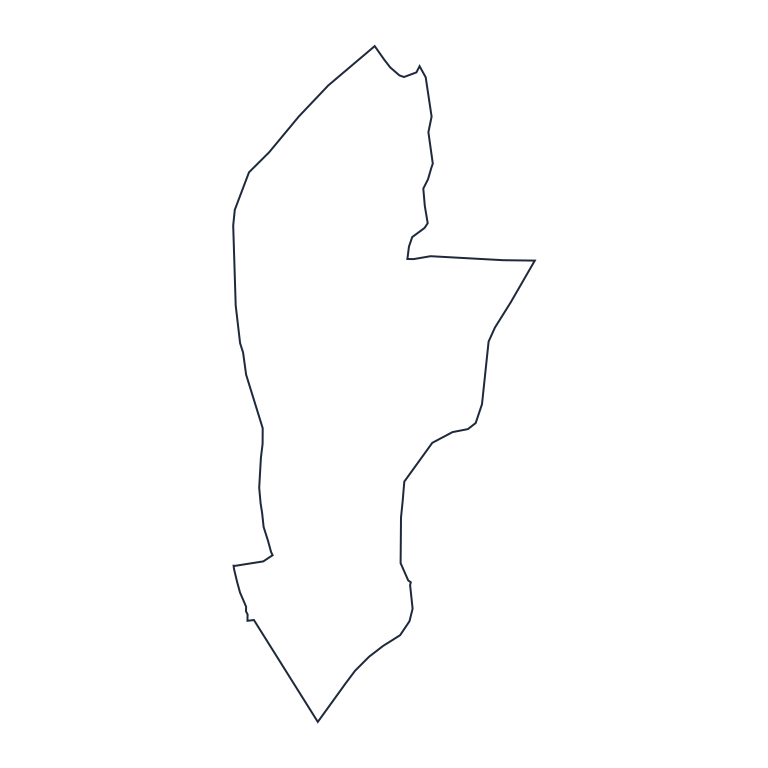 Gamaliyya, Ad Daqahliyah, Egypt
{"feature_id": "37247803B61815005603813", "entity_name": "Gamaliyya", "entity_type": "district", "adm_level": 2, "iso_a3": "EGY", "parent_name": "Egypt", "parent_adm1": "Ad Daqahliyah", "projection": "mercator", "projection_center": [31.849, 31.206], "detail": "fine", "context": "isolated", "style": "outline", "palette": "slate", "viewbox_px": 768, "rotation_deg": 0, "n_neighbors": 0, "source": "geoboundaries", "source_scale": "gbopen_adm2", "svg_char_len": 1149}
<svg xmlns="http://www.w3.org/2000/svg" viewBox="0 0 768 768"><path d="M534.8,260.6L503.1,260.2L430.6,256.2L413.6,259.1L407.4,259.0L408.7,248.6L409.0,246.5L410.6,241.8L412.2,237.1L424.6,227.9L427.7,223.2L424.8,205.9L423.3,188.6L428.0,179.3L431.2,168.3L432.8,163.6L428.4,132.2L431.6,116.6L425.7,77.3L419.6,66.2L416.4,72.4L404.0,77.0L399.4,75.4L392.3,69.2L390.2,67.4L384.1,59.5L374.7,46.1L328.3,85.4L298.8,116.5L269.2,152.2L249.0,172.3L234.8,209.8L233.2,225.5L235.7,305.5L240.1,343.2L243.1,352.6L246.1,374.6L262.7,428.2L262.6,443.8L260.9,457.9L259.2,487.7L260.6,503.4L262.1,512.8L263.6,526.9L268.1,541.1L271.1,552.1L272.6,555.2L263.3,561.4L244.8,564.3L235.5,565.8L233.6,565.7L234.0,568.9L237.0,581.5L240.0,592.5L246.1,606.7L246.0,611.3L247.6,614.5L247.5,617.6L247.5,620.8L253.9,620.0L289.4,676.6L317.8,721.9L345.8,683.1L355.1,670.7L369.1,656.7L383.1,645.9L400.1,635.2L409.5,621.2L412.6,608.7L410.1,585.2L410.8,582.3L408.2,580.4L400.6,563.1L400.7,553.7L401.0,517.6L402.7,500.8L404.3,481.6L432.3,442.8L452.5,432.1L467.9,429.1L475.7,423.0L482.0,404.2L488.6,341.6L494.9,327.6L510.5,302.7L534.8,260.6Z" fill="none" stroke="#1e293b" stroke-width="2"/></svg>